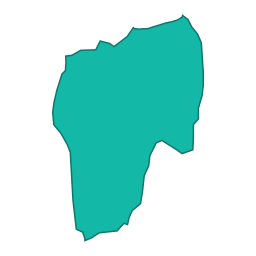 Tanum, Västra Götaland, Sweden (orthographic projection)
{"feature_id": "70781695B34611163933513", "entity_name": "Tanum", "entity_type": "district", "adm_level": 2, "iso_a3": "SWE", "parent_name": "Sweden", "parent_adm1": "Västra Götaland", "projection": "orthographic", "projection_center": [11.469, 58.691], "detail": "fine", "context": "isolated", "style": "filled", "palette": "teal", "viewbox_px": 256, "rotation_deg": 0, "n_neighbors": 0, "source": "geoboundaries", "source_scale": "gbopen_adm2", "svg_char_len": 847}
<svg xmlns="http://www.w3.org/2000/svg" viewBox="0 0 256 256"><path d="M65.7,56.1L66.0,62.6L65.4,70.6L62.0,74.0L56.8,90.5L53.9,103.0L52.7,112.7L53.8,124.8L60.6,132.8L67.4,144.8L70.3,152.3L73.0,200.4L76.3,229.2L82.6,232.1L84.9,238.4L84.9,240.6L91.6,237.8L99.2,232.8L117.0,230.9L124.0,223.3L127.5,224.5L129.1,217.6L132.2,210.6L140.5,203.6L142.4,192.2L144.2,175.8L148.7,165.7L149.9,155.6L156.2,142.9L161.9,140.4L168.8,144.8L175.8,149.2L182.1,153.6L192.8,149.8L193.4,138.4L193.4,124.6L198.4,118.9L198.4,108.1L202.1,95.5L203.3,84.8L203.3,72.3L202.6,62.5L201.3,42.7L197.5,34.0L191.8,27.1L188.0,19.6L182.6,15.4L182.1,17.1L177.5,20.0L171.9,21.7L166.2,22.9L153.1,26.9L148.0,28.6L138.3,29.1L134.4,28.6L133.3,27.7L127.2,36.6L114.0,46.6L109.6,43.5L100.2,41.0L95.8,49.8L80.7,50.3L71.9,55.3L65.7,56.1Z" fill="#14b8a6" stroke="#0f766e" stroke-width="1.5"/></svg>